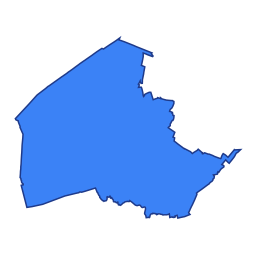 My Tu, Sóc Trăng, Vietnam
{"feature_id": "81297802B88406709239333", "entity_name": "My Tu", "entity_type": "district", "adm_level": 2, "iso_a3": "VNM", "parent_name": "Vietnam", "parent_adm1": "Sóc Trăng", "projection": "robinson", "projection_center": [105.834, 9.623], "detail": "fine", "context": "isolated", "style": "filled", "palette": "blue", "viewbox_px": 256, "rotation_deg": 0, "n_neighbors": 0, "source": "geoboundaries", "source_scale": "gbopen_adm2", "svg_char_len": 5700}
<svg xmlns="http://www.w3.org/2000/svg" viewBox="0 0 256 256"><path d="M119.8,37.9L116.1,40.6L113.4,42.4L110.4,44.3L105.2,47.8L103.5,49.0L101.9,48.4L97.2,51.5L93.7,54.0L92.4,55.0L80.1,63.5L78.7,64.6L75.8,66.7L72.2,69.4L68.3,72.1L66.7,73.4L61.6,76.9L52.9,83.1L49.1,85.8L47.9,86.5L47.1,87.2L45.6,88.5L40.6,92.3L37.6,94.6L36.9,95.2L28.8,104.2L15.4,118.6L15.5,118.7L15.7,119.6L16.1,119.9L18.3,120.9L18.3,121.6L18.7,122.9L20.1,126.4L20.0,127.4L23.0,134.2L22.8,137.9L22.1,145.3L21.8,152.4L21.6,154.6L21.3,159.6L21.1,164.1L20.8,166.9L20.8,168.7L20.5,171.2L20.4,173.7L20.1,177.6L20.6,178.1L20.8,178.5L20.9,178.9L21.0,179.9L21.2,180.4L21.6,180.9L21.5,181.4L21.5,181.9L21.8,182.5L22.3,183.2L22.8,183.7L23.2,184.0L23.2,184.8L21.2,185.3L26.9,207.4L32.1,206.6L42.7,204.3L64.8,196.0L76.3,193.2L78.9,192.7L79.3,192.2L79.7,192.0L80.1,192.0L81.5,192.2L82.4,192.0L85.2,191.2L95.2,188.1L95.5,188.1L97.0,191.9L97.3,192.5L97.7,192.6L98.1,193.8L98.6,194.8L99.0,195.5L99.6,196.0L99.7,196.3L99.7,197.0L99.8,197.4L99.8,197.5L100.6,198.4L101.0,199.1L102.0,200.0L102.5,200.6L103.6,200.8L103.9,201.3L104.5,201.0L105.0,201.0L105.3,200.8L106.0,200.8L106.2,200.7L106.4,200.5L106.7,200.0L107.1,199.0L107.1,198.6L107.0,197.7L107.0,197.2L107.2,196.7L107.4,196.7L107.6,196.9L107.7,197.1L107.9,197.1L109.0,197.1L109.4,196.9L109.5,196.6L109.6,196.4L109.7,196.2L110.0,196.1L110.3,196.7L110.4,197.5L110.5,198.0L110.8,198.2L111.0,197.6L111.3,197.5L111.6,197.6L111.9,198.0L112.4,198.9L113.2,199.8L113.4,200.9L113.5,201.3L113.5,201.6L113.8,201.8L114.2,201.9L114.9,201.8L115.3,201.8L115.7,202.1L116.2,202.7L116.5,202.8L116.9,202.7L117.2,202.5L117.6,202.1L117.8,202.1L117.9,202.6L117.9,203.6L118.1,204.0L118.4,204.4L118.5,204.8L119.2,204.5L119.5,205.0L120.3,205.3L120.5,205.0L120.9,205.0L121.3,204.8L122.0,204.1L123.0,203.1L123.9,202.8L124.6,202.1L125.0,201.9L126.6,201.5L127.3,201.5L127.8,201.3L128.2,201.3L128.7,201.6L129.1,201.6L129.4,201.4L129.8,200.6L130.4,201.1L131.3,201.7L132.3,202.5L134.5,204.4L135.2,205.0L135.9,205.3L136.9,205.6L137.4,205.6L138.7,205.2L139.3,205.1L139.6,205.1L139.9,205.2L140.4,205.6L141.6,207.1L141.9,207.3L142.2,207.5L142.6,207.5L143.1,207.4L143.6,207.2L144.3,207.0L144.6,207.0L144.9,207.1L145.2,207.3L145.4,207.7L145.5,208.6L145.5,209.1L145.4,209.7L144.7,212.7L144.6,213.4L144.7,213.8L144.8,214.1L145.6,215.2L145.8,215.7L146.0,216.6L146.2,217.7L148.4,217.4L148.7,217.2L148.9,217.3L149.2,217.6L149.4,217.6L149.7,217.2L149.9,216.4L150.0,215.8L150.1,215.2L150.1,214.6L149.9,214.4L150.4,214.8L150.6,214.7L150.7,214.4L150.9,214.1L151.9,213.7L152.1,213.7L152.3,213.8L152.5,213.5L152.8,213.6L153.0,213.3L153.5,213.4L153.7,213.5L154.1,213.4L154.7,213.6L155.1,213.5L155.6,213.9L156.2,214.0L156.5,214.5L157.0,214.0L157.5,214.4L158.2,213.9L158.9,213.8L160.1,214.0L161.1,214.4L162.1,214.4L162.3,214.5L162.6,214.8L163.0,215.0L163.4,214.9L164.1,214.8L165.9,214.8L166.7,214.8L168.3,214.4L169.3,213.9L169.5,215.2L169.8,217.5L172.1,216.9L172.5,217.3L173.6,217.1L173.9,217.5L175.3,216.9L175.0,216.0L177.1,215.3L177.8,218.1L180.8,217.4L184.7,216.6L190.0,214.5L189.1,213.4L188.6,212.5L189.0,211.9L189.7,210.4L190.2,209.1L190.8,207.9L191.5,206.4L192.3,204.9L194.6,199.9L196.4,195.6L196.7,194.9L196.9,194.2L196.5,193.1L198.1,191.8L201.8,189.2L208.1,184.5L208.3,184.4L209.2,183.8L209.4,183.5L209.5,183.2L209.8,182.9L210.7,182.1L211.7,181.5L212.0,181.3L213.0,179.9L213.0,179.7L212.9,179.3L212.9,179.2L213.2,178.9L213.9,178.4L214.1,177.9L214.2,177.1L214.3,176.7L214.3,176.2L213.8,175.7L213.4,174.9L215.0,174.7L216.4,174.3L217.4,174.1L217.9,172.8L217.9,172.6L217.6,172.5L218.0,171.7L218.9,172.1L219.2,171.7L219.7,170.9L220.1,170.3L221.0,169.1L222.1,168.2L223.8,167.0L224.0,166.0L223.7,165.7L222.9,165.0L222.1,164.8L221.8,164.6L225.7,159.9L226.9,161.2L228.2,162.5L229.2,163.3L230.1,162.1L231.6,160.3L234.0,157.2L234.7,156.1L236.0,153.6L236.3,153.2L236.7,152.8L237.4,152.6L237.9,152.2L240.6,149.6L234.5,149.9L234.3,149.7L234.2,149.9L232.6,151.8L228.0,157.3L225.5,155.0L223.2,153.6L222.8,154.1L221.8,155.9L220.9,158.5L220.7,158.6L219.0,158.1L214.4,156.4L212.7,155.5L209.1,154.1L208.2,154.1L207.7,154.0L206.9,153.6L205.6,153.2L204.8,152.8L204.6,152.8L204.3,152.9L203.9,153.3L203.2,153.7L202.8,153.8L202.4,153.7L202.4,152.7L202.0,152.8L201.3,151.9L198.2,149.2L197.8,149.6L197.3,150.3L194.0,152.3L192.3,153.5L191.0,152.2L190.5,151.7L184.3,148.5L184.2,148.7L177.5,143.7L176.3,142.7L174.1,141.0L174.5,138.7L174.6,137.8L173.0,137.1L174.8,132.3L168.2,127.7L168.4,127.3L168.6,127.1L170.2,125.8L170.3,125.4L170.2,124.8L170.2,124.1L170.3,123.8L170.7,123.2L170.8,123.0L171.0,122.9L171.3,121.9L171.5,121.8L171.6,121.7L171.7,121.4L171.9,120.9L172.5,120.3L172.9,120.4L173.3,119.7L173.6,119.0L173.9,117.3L174.0,115.6L173.3,115.5L173.0,115.4L172.8,114.4L172.6,113.5L172.0,113.1L172.4,112.4L170.2,111.4L169.6,111.4L169.7,110.7L169.9,110.2L170.3,109.4L170.5,109.1L171.4,108.5L171.7,108.2L172.7,106.5L173.5,104.5L173.9,103.4L173.9,102.6L173.9,101.5L173.4,101.4L172.7,100.6L170.6,100.5L166.4,100.1L162.6,99.1L162.3,99.0L161.7,98.7L160.6,97.8L160.6,98.6L157.8,97.7L157.8,98.1L156.5,98.5L155.0,99.0L153.2,99.7L150.8,92.3L150.3,92.3L149.2,92.3L148.7,92.5L145.2,94.1L144.7,94.5L144.5,95.4L144.2,95.8L143.6,96.5L143.5,96.3L143.2,95.4L142.8,92.6L142.3,90.4L141.8,88.5L141.6,87.9L141.3,87.2L140.4,87.2L138.5,87.4L138.8,86.6L139.1,86.0L139.1,85.5L139.2,84.7L138.8,84.3L138.4,84.1L139.1,83.1L140.1,81.1L140.2,81.8L141.1,83.4L142.3,83.3L142.4,81.6L142.4,79.9L143.6,74.0L143.8,72.3L144.7,67.5L144.8,66.8L141.4,65.4L142.3,61.5L143.2,56.7L143.2,53.0L146.2,54.1L147.0,54.5L152.3,56.5L152.6,56.6L152.8,56.5L152.9,56.2L153.0,56.0L153.0,55.9L151.3,53.7L152.0,52.9L136.2,46.6L133.5,45.4L124.2,41.7L119.0,39.9L119.8,37.9Z" fill="#3b82f6" stroke="#1e3a8a" stroke-width="1.5"/></svg>